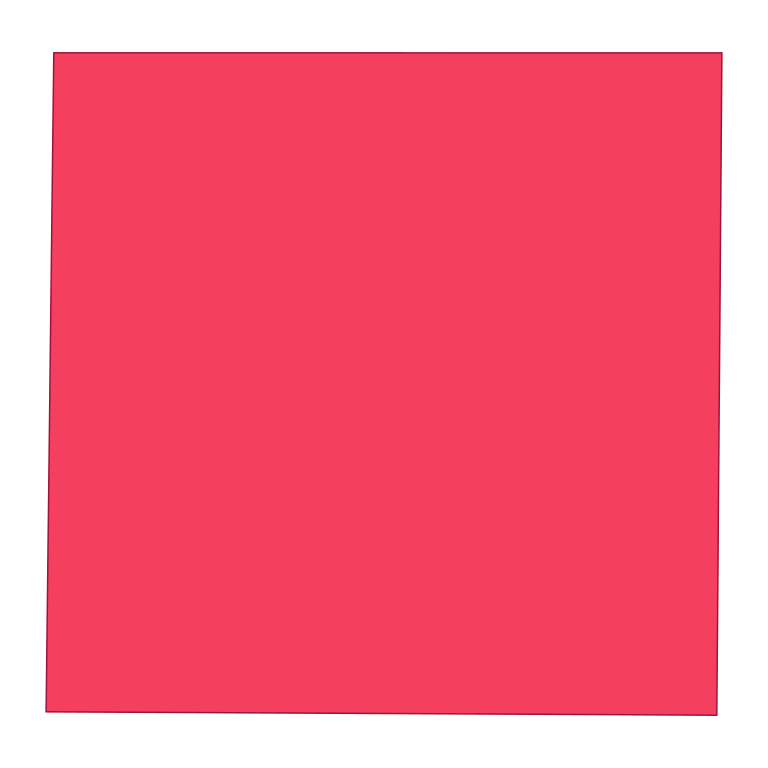 the district of Realicó, La Pampa, Argentina
{"feature_id": "61730980B60690576919105", "entity_name": "Realicó", "entity_type": "district", "adm_level": 2, "iso_a3": "ARG", "parent_name": "Argentina", "parent_adm1": "La Pampa", "projection": "robinson", "projection_center": [-64.197, -35.226], "detail": "fine", "context": "isolated", "style": "filled", "palette": "rose", "viewbox_px": 768, "rotation_deg": 0, "n_neighbors": 0, "source": "geoboundaries", "source_scale": "gbopen_adm2", "svg_char_len": 378}
<svg xmlns="http://www.w3.org/2000/svg" viewBox="0 0 768 768"><path d="M46.1,711.8L185.8,712.5L384.5,713.5L587.0,714.5L715.1,715.2L716.8,715.2L718.2,538.5L718.2,531.6L719.7,343.0L721.8,63.9L721.9,52.9L717.2,52.9L643.0,52.9L474.3,52.9L334.5,52.8L97.9,52.8L74.0,52.8L53.8,52.8L53.6,69.2L52.1,197.3L49.0,465.2L46.1,711.8Z" fill="#f43f5e" stroke="#9f1239" stroke-width="1.5"/></svg>